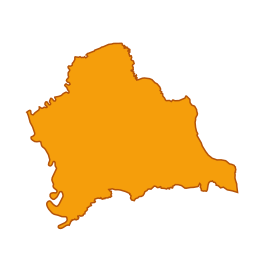 outline of Ban Sang, Prachin Buri, Thailand, rotated 348°
{"feature_id": "78962969B49210978895600", "entity_name": "Ban Sang", "entity_type": "district", "adm_level": 2, "iso_a3": "THA", "parent_name": "Thailand", "parent_adm1": "Prachin Buri", "projection": "mercator", "projection_center": [101.25, 13.956], "detail": "fine", "context": "isolated", "style": "filled", "palette": "amber", "viewbox_px": 256, "rotation_deg": 348, "n_neighbors": 0, "source": "geoboundaries", "source_scale": "gbopen_adm2", "svg_char_len": 5718}
<svg xmlns="http://www.w3.org/2000/svg" viewBox="0 0 256 256"><g transform="rotate(348 128 128)"><path d="M141.6,48.4L141.2,47.8L142.1,47.5L141.5,46.6L140.8,46.9L140.3,46.0L139.7,45.6L139.8,44.4L139.5,43.9L131.4,42.3L129.5,42.5L126.5,42.2L120.7,43.4L119.1,43.4L117.3,44.1L111.6,45.0L111.1,45.7L104.3,46.8L103.9,46.7L102.3,47.8L103.2,48.2L103.4,49.6L101.3,50.6L100.3,49.3L99.2,49.8L97.9,49.4L97.0,49.4L95.9,48.3L94.4,48.6L91.1,47.4L90.6,48.1L90.3,49.9L88.4,52.2L87.0,53.2L86.4,55.1L84.7,55.6L83.0,55.0L82.0,55.8L82.2,57.4L83.0,58.5L83.0,59.4L82.4,60.3L81.2,61.2L80.9,61.8L80.4,64.1L80.6,65.4L80.3,66.1L79.7,66.8L78.2,67.8L77.6,68.9L78.3,70.4L79.7,71.3L80.2,71.9L80.4,72.7L80.4,73.2L79.3,73.7L78.8,73.7L77.5,72.9L76.6,71.9L75.6,72.4L75.0,73.0L75.2,73.8L76.5,75.6L77.0,78.2L77.8,79.7L77.8,80.6L77.5,81.3L76.9,81.5L75.4,80.3L74.6,80.1L71.8,80.9L69.6,82.3L66.5,82.7L62.8,82.6L62.7,83.0L63.3,85.1L62.7,86.2L62.1,86.5L61.0,86.0L60.2,84.3L59.4,83.2L58.5,83.0L56.8,85.5L56.8,86.2L57.4,88.0L57.0,88.9L56.2,89.1L55.6,88.9L54.3,85.8L53.6,85.4L52.8,85.5L52.1,86.3L51.7,87.5L51.8,88.2L53.2,90.1L53.2,90.7L52.9,91.0L52.1,91.0L50.3,90.2L48.5,90.9L47.8,90.8L47.1,90.3L45.9,89.0L45.6,88.9L45.3,90.7L44.5,91.8L40.3,93.7L38.0,95.4L37.1,95.1L36.2,94.3L36.1,93.2L36.4,91.1L36.0,90.5L35.4,90.3L34.2,90.6L32.2,91.5L32.6,92.2L33.1,95.3L33.5,102.2L34.9,107.0L35.7,113.6L35.4,114.7L34.5,115.7L33.4,116.2L31.4,116.7L31.1,117.5L31.1,118.6L32.1,120.1L33.9,121.8L36.0,122.5L38.8,122.7L39.8,123.5L39.8,126.7L40.0,127.7L40.5,128.7L42.1,130.6L42.9,132.2L44.6,137.6L44.9,142.6L44.5,143.9L43.3,145.6L42.8,146.8L42.6,147.5L42.9,148.2L43.9,148.9L44.6,148.9L45.4,148.5L46.5,147.4L47.4,145.9L48.1,145.3L49.0,145.5L49.5,146.5L48.9,149.9L49.7,152.3L49.6,152.9L43.6,160.8L42.8,162.9L42.8,163.9L43.5,167.4L42.7,169.1L42.6,170.0L43.1,171.3L45.4,174.2L45.4,175.3L44.7,176.2L43.9,176.5L41.4,175.8L39.3,175.8L38.1,176.7L37.6,178.6L38.2,180.4L39.4,181.8L40.2,182.3L41.3,182.3L43.6,181.1L44.6,180.3L47.9,176.3L49.1,176.2L49.7,176.4L50.0,176.8L50.4,178.3L50.5,180.1L50.1,181.6L44.7,188.3L42.9,189.7L41.6,189.7L40.9,189.3L39.0,187.2L36.9,183.5L36.0,183.0L34.7,183.2L33.4,184.1L32.8,185.2L32.6,186.5L32.8,188.3L33.6,190.9L35.9,195.1L37.1,196.4L38.0,197.1L41.5,198.8L45.0,201.0L48.8,201.9L49.5,202.8L49.5,204.8L48.9,206.1L48.3,206.6L46.8,207.5L40.0,209.1L39.6,209.4L39.2,210.3L39.3,211.0L39.9,211.7L41.1,212.2L42.4,212.2L44.0,211.8L47.4,210.5L49.2,210.4L50.3,210.9L52.2,208.3L52.4,207.7L53.3,207.3L53.6,206.5L54.3,206.7L54.7,206.3L56.1,206.5L57.0,206.0L58.1,207.1L58.8,206.8L59.8,206.9L60.6,206.4L60.9,205.9L60.7,205.4L61.2,205.1L60.5,204.0L60.6,203.7L61.5,203.9L62.4,203.6L63.5,204.4L65.5,204.4L66.0,204.1L66.3,203.3L66.9,203.0L67.9,203.0L68.7,201.0L70.4,200.2L71.3,199.4L71.4,198.0L71.7,197.4L72.8,197.4L73.7,196.6L76.1,196.2L76.2,195.7L75.5,194.9L75.9,193.9L76.9,193.7L78.8,193.8L79.2,193.6L79.6,193.9L80.7,193.4L80.8,192.9L80.2,192.2L80.1,191.9L81.0,190.6L84.1,190.3L86.1,191.1L86.9,190.5L87.2,190.9L87.4,191.7L88.4,192.3L89.2,191.9L89.6,192.2L90.0,192.0L90.7,192.3L91.1,191.7L94.0,192.2L95.3,191.6L96.0,192.1L97.7,191.4L97.8,191.2L97.4,190.5L97.4,189.7L98.3,188.9L98.1,187.7L98.5,186.7L98.3,186.3L97.6,186.2L97.2,185.7L96.4,184.1L96.7,184.1L98.1,184.3L99.9,184.2L102.6,185.7L105.5,186.3L107.7,187.1L112.3,189.6L114.1,190.9L116.0,192.4L116.2,192.8L115.9,193.3L116.8,194.6L116.6,195.7L115.9,197.0L116.5,199.1L119.0,200.4L120.6,198.7L123.1,198.4L124.7,197.4L126.8,197.7L128.6,197.2L130.0,195.8L131.3,193.8L133.6,193.1L134.7,192.1L136.0,192.0L137.8,192.6L141.6,190.3L143.2,191.0L144.3,192.4L146.2,192.6L147.4,192.1L147.9,192.5L147.8,193.4L148.0,193.8L151.2,194.7L153.1,195.7L154.7,195.0L155.6,196.2L156.0,196.2L156.5,195.2L157.1,195.0L158.4,195.2L158.6,195.9L159.1,195.9L159.5,195.4L159.8,194.2L161.4,193.8L162.4,193.2L165.3,193.9L168.3,195.4L171.1,198.6L172.4,199.0L176.7,199.2L179.8,199.7L184.0,199.8L184.8,199.5L186.6,197.1L186.9,197.5L187.3,198.8L186.4,201.1L186.9,202.3L186.8,204.4L188.6,205.4L189.4,205.4L191.7,206.1L192.8,204.8L194.6,200.1L195.8,198.2L197.4,197.3L198.6,197.6L199.5,197.3L200.4,198.8L201.4,199.1L202.1,199.7L202.3,201.0L202.7,201.8L202.4,202.3L204.3,203.2L206.1,205.8L209.0,205.7L212.2,209.1L217.1,211.2L221.8,213.8L222.3,207.7L222.7,205.3L222.3,202.0L222.2,199.1L223.0,196.2L223.2,194.0L224.1,193.4L223.9,192.5L224.5,191.8L224.8,191.0L224.7,189.4L224.9,188.4L224.4,187.9L224.0,186.6L222.0,185.2L219.8,184.2L217.2,180.8L216.5,180.2L212.4,178.5L208.4,177.7L204.1,175.1L200.9,171.2L199.0,167.1L196.9,161.1L196.5,157.7L194.1,150.2L194.0,149.2L194.8,148.6L195.0,148.0L194.3,145.7L194.2,141.5L194.8,136.4L195.8,134.1L196.2,132.2L198.5,129.5L198.9,128.4L198.7,125.6L198.9,124.4L197.8,120.8L197.4,120.3L195.3,119.0L194.2,116.8L194.0,115.7L194.4,113.2L194.2,112.5L191.9,109.0L191.4,108.8L191.1,108.9L189.9,110.6L183.7,111.8L179.6,111.1L177.8,109.9L175.8,111.1L174.3,109.7L171.1,109.2L170.4,108.3L170.0,106.4L168.7,104.0L169.0,101.7L167.6,100.9L168.5,99.8L167.2,98.0L168.0,96.8L167.6,94.5L165.7,90.9L163.8,89.4L161.5,85.7L159.3,84.2L154.4,82.5L152.4,82.3L148.3,82.9L146.5,82.9L146.5,81.9L145.8,81.5L145.7,81.1L147.2,81.1L147.3,80.7L147.0,80.4L145.9,80.3L145.8,80.0L147.2,78.5L147.2,78.1L147.1,77.8L145.3,78.8L144.7,78.7L144.7,77.4L145.6,76.1L144.6,75.5L145.2,74.4L143.0,72.6L143.1,72.2L143.5,72.1L145.2,72.3L145.3,71.1L145.7,69.6L145.2,68.7L145.2,68.1L145.8,67.1L147.4,66.3L147.2,63.6L145.7,62.5L145.2,61.6L146.3,59.8L146.2,58.1L145.9,57.9L145.0,58.2L144.6,58.0L144.5,55.8L144.2,55.1L144.4,54.6L145.5,54.3L145.8,52.9L144.2,52.9L143.9,52.7L144.3,52.0L145.9,51.4L145.6,51.1L145.1,51.2L144.6,50.0L144.1,49.9L143.9,48.8L142.9,48.6L142.6,49.1L142.4,48.8L141.3,49.3L140.9,49.1L140.9,48.9L141.6,48.4Z" fill="#f59e0b" stroke="#b45309" stroke-width="1.5"/></g></svg>